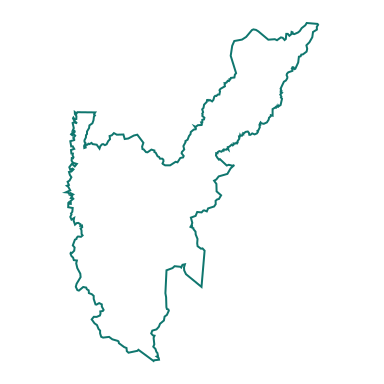 Vinces, Los Rios, Ecuador
{"feature_id": "8360857B65824722348178", "entity_name": "Vinces", "entity_type": "district", "adm_level": 2, "iso_a3": "ECU", "parent_name": "Ecuador", "parent_adm1": "Los Rios", "projection": "natural_earth1", "projection_center": [-79.685, -1.523], "detail": "fine", "context": "isolated", "style": "outline", "palette": "teal", "viewbox_px": 384, "rotation_deg": 0, "n_neighbors": 0, "source": "geoboundaries", "source_scale": "gbopen_adm2", "svg_char_len": 5875}
<svg xmlns="http://www.w3.org/2000/svg" viewBox="0 0 384 384"><path d="M254.6,134.4L256.9,133.4L258.0,131.8L257.4,131.0L258.5,130.1L259.8,127.3L259.5,125.0L260.2,124.9L259.9,123.5L260.6,122.4L261.3,123.3L263.8,123.8L266.9,122.4L268.7,119.6L269.0,117.8L270.7,116.3L270.8,115.2L272.6,115.7L272.6,109.1L275.0,107.6L275.8,107.8L276.0,106.8L277.7,106.8L277.5,106.0L278.2,106.2L278.3,105.6L278.8,106.2L280.6,105.0L282.0,98.7L280.9,97.5L281.4,96.7L280.3,94.5L281.8,92.9L281.1,92.7L281.4,91.4L280.7,91.5L281.0,89.2L280.6,88.7L283.9,81.7L285.9,80.5L287.2,78.4L287.4,77.0L286.6,75.1L287.0,73.7L288.3,72.3L292.4,70.9L292.5,69.4L291.8,68.6L292.5,67.2L293.5,67.3L294.5,69.1L295.3,68.8L298.2,62.5L298.9,56.7L300.6,56.3L301.3,54.6L302.9,54.4L306.6,51.6L307.2,48.8L306.4,45.3L309.4,42.3L312.3,37.2L313.0,32.0L316.9,29.6L316.8,26.8L318.1,24.8L317.5,23.9L306.7,23.0L305.3,25.3L301.7,28.1L299.8,31.0L298.0,32.5L294.3,34.1L292.9,33.8L292.6,32.3L291.6,31.9L291.2,34.3L289.4,35.8L287.8,33.9L286.3,33.9L285.8,39.0L284.6,40.0L282.7,37.8L280.9,37.4L277.0,40.2L274.8,39.2L268.3,39.7L258.4,31.4L256.0,29.9L253.4,29.4L251.9,30.1L246.2,36.9L242.0,39.6L234.3,41.0L232.2,45.8L230.7,55.8L236.1,73.2L234.9,74.6L234.4,77.5L230.9,77.9L230.4,79.1L229.4,79.3L229.6,80.2L228.9,81.1L227.7,80.8L226.6,82.5L224.7,83.1L225.2,83.6L224.6,84.5L224.9,86.3L220.5,88.8L219.5,90.2L220.0,91.4L219.4,94.5L217.7,94.6L216.4,96.0L215.3,95.8L214.3,96.7L213.4,99.9L212.1,101.4L209.9,100.0L208.8,100.6L208.1,99.9L207.1,100.0L206.7,102.0L204.1,104.6L203.5,107.9L202.2,109.3L203.1,112.2L202.2,113.8L202.6,114.6L202.3,115.9L204.4,117.7L204.0,119.4L202.3,119.8L202.3,122.3L201.2,122.4L201.9,124.1L201.6,125.0L197.9,125.2L195.6,126.9L194.6,126.4L195.9,128.3L195.7,129.3L193.7,129.6L190.8,132.0L190.5,134.2L189.0,136.0L187.6,139.7L185.4,141.1L185.5,142.2L183.4,146.1L184.2,149.5L181.9,152.0L181.6,153.3L183.7,156.0L183.1,157.4L180.3,158.0L177.5,162.3L175.6,161.8L170.2,165.3L165.1,165.3L162.9,164.0L162.5,163.5L163.5,161.2L163.3,159.6L162.3,158.7L160.0,158.7L159.1,157.0L157.6,156.3L155.7,152.7L154.4,152.0L154.4,150.5L151.4,149.6L147.5,152.3L146.0,152.1L143.7,149.4L142.5,149.1L142.1,146.6L143.4,142.8L137.3,134.7L133.9,135.5L128.3,138.5L124.7,139.0L123.4,134.5L116.8,134.7L113.9,133.1L111.8,135.3L109.6,136.0L110.0,139.2L108.2,141.1L106.6,144.3L104.9,145.1L103.1,144.1L101.9,144.4L100.3,146.2L99.5,148.6L96.7,144.7L92.6,144.1L91.5,142.9L89.5,144.1L88.4,143.7L87.5,144.7L86.1,144.8L85.5,146.1L85.7,147.5L84.3,148.0L84.1,146.0L85.5,143.1L84.5,141.8L84.5,140.2L85.9,137.5L86.0,135.2L87.0,134.0L87.0,131.5L89.1,128.0L89.4,125.4L92.4,123.3L93.5,120.2L93.9,116.8L94.9,115.4L94.1,114.8L94.2,114.0L95.2,112.4L77.4,112.2L76.6,113.5L74.8,112.1L74.9,114.0L76.4,116.1L76.3,119.0L74.6,119.5L73.4,117.6L73.0,118.3L74.2,120.6L77.0,123.3L73.8,122.3L72.6,123.0L73.8,128.1L72.6,130.8L74.4,130.8L74.7,131.4L74.5,132.2L72.1,133.1L71.1,134.3L72.5,135.4L73.6,134.0L75.2,135.7L73.3,138.0L74.2,139.1L74.2,140.1L70.3,141.2L71.2,146.4L72.7,146.3L74.2,148.9L71.0,150.0L71.4,153.5L72.9,153.6L72.6,155.5L73.5,157.2L73.0,158.3L71.8,158.1L71.6,160.7L73.1,162.8L76.8,163.9L74.8,166.4L71.9,163.8L69.3,167.2L70.2,169.6L72.6,168.6L73.5,169.4L71.4,171.5L69.0,172.0L69.9,175.0L71.4,177.2L69.5,180.6L67.6,181.8L68.9,185.0L66.9,185.8L68.3,186.8L70.2,190.4L65.9,192.3L68.1,192.5L68.9,193.6L70.3,193.0L72.8,194.3L70.6,195.2L72.2,196.0L71.0,198.0L72.7,198.1L73.3,198.8L70.7,200.9L70.8,203.9L69.4,203.8L68.9,202.3L68.3,202.9L68.2,207.2L72.7,208.0L72.3,211.8L71.0,213.6L71.5,214.5L70.3,216.9L71.5,219.6L74.1,218.0L73.6,220.6L75.0,224.6L76.7,223.1L78.3,222.9L80.5,224.3L80.3,225.9L82.0,225.5L82.2,227.2L80.6,228.5L81.5,230.3L81.6,234.0L82.6,235.4L81.0,236.8L78.0,236.5L76.8,237.6L76.5,238.9L74.9,239.7L72.8,245.4L74.6,247.5L74.2,250.7L72.1,252.9L70.8,252.7L70.5,253.7L71.5,256.1L73.1,257.6L73.8,260.1L76.9,260.5L76.2,263.3L77.3,268.1L80.3,273.7L80.6,277.1L76.6,283.8L75.8,286.8L77.4,290.1L78.9,290.6L83.2,287.0L86.2,287.6L86.8,289.2L88.7,290.4L88.9,293.1L91.8,294.2L93.7,295.9L93.7,298.9L95.5,304.4L96.5,304.6L99.1,303.1L101.8,304.4L101.8,306.5L103.6,309.9L102.8,311.0L100.3,311.4L100.5,313.7L99.9,315.5L96.7,316.9L93.8,316.8L91.7,319.4L94.5,323.3L97.0,325.1L98.5,328.9L100.1,330.6L100.1,333.4L101.2,336.8L103.1,337.6L109.1,336.9L112.3,339.3L117.8,340.9L118.6,341.5L118.9,343.2L124.2,347.1L126.5,348.0L126.8,351.1L128.5,352.7L137.5,350.8L138.4,349.8L153.6,361.0L154.0,360.3L159.0,359.7L158.7,358.0L156.7,356.5L158.0,356.0L157.4,353.0L156.3,351.7L155.5,349.0L153.3,346.7L154.3,344.4L153.6,337.9L154.5,335.7L152.9,335.4L151.2,333.4L152.3,330.6L156.5,329.4L158.9,326.7L160.0,323.8L163.9,320.5L164.6,316.6L166.9,314.9L168.8,310.7L168.4,309.5L166.9,309.0L166.4,307.2L166.1,297.2L165.4,293.2L166.5,270.3L172.5,268.1L174.6,266.2L180.5,266.8L181.2,267.5L182.5,264.8L184.9,264.3L184.0,267.4L184.2,270.4L186.0,274.2L201.5,286.9L204.6,250.7L202.5,248.4L201.0,248.7L197.6,246.2L197.2,243.4L197.5,238.9L195.7,234.5L195.5,231.6L193.5,229.2L193.4,228.2L190.5,226.9L191.0,226.1L191.3,226.7L192.1,226.1L191.8,224.3L192.3,222.9L190.9,217.6L195.6,215.9L197.2,212.0L201.6,212.4L203.4,210.5L204.4,210.4L206.8,211.4L208.1,208.4L214.1,206.5L215.7,204.2L215.6,200.8L217.2,199.4L218.9,199.0L221.1,195.3L216.6,191.4L216.4,183.9L214.1,180.7L216.3,179.5L218.7,176.4L227.4,173.9L230.6,168.4L234.3,165.1L232.3,165.7L228.8,164.8L226.7,165.5L219.9,159.1L219.0,159.7L217.4,157.8L216.0,155.5L216.2,153.1L217.5,153.3L217.8,152.1L219.3,151.1L221.5,151.7L223.2,149.9L223.7,150.5L224.1,149.5L226.2,149.7L227.2,148.6L228.4,149.7L227.8,147.1L229.3,146.7L231.7,144.6L232.7,145.4L233.7,144.5L233.6,143.4L235.5,143.5L236.2,142.8L237.0,143.4L237.7,142.4L237.6,141.2L239.3,138.7L239.0,136.5L239.8,136.6L240.1,135.2L240.4,135.8L242.1,135.6L242.4,134.4L243.3,134.5L243.3,133.2L243.8,133.4L245.6,131.9L247.8,131.5L248.9,132.8L249.3,134.8L250.5,134.8L252.2,133.4L254.6,134.4Z" fill="none" stroke="#0f766e" stroke-width="2"/></svg>